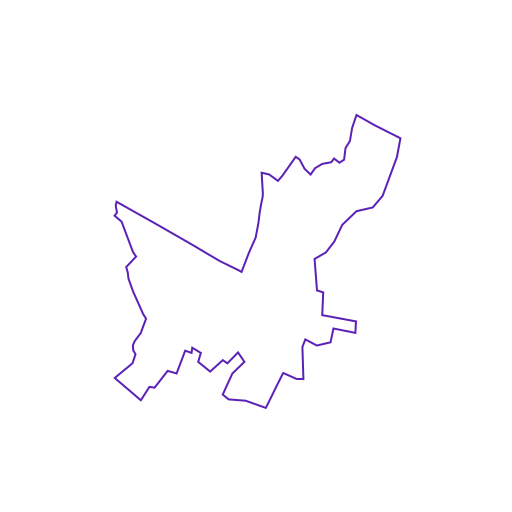 Al-Ahram, Al Jizah, Egypt (Albers equal-area conic projection), rotated 233°
{"feature_id": "37247803B9687639154335", "entity_name": "Al-Ahram", "entity_type": "district", "adm_level": 2, "iso_a3": "EGY", "parent_name": "Egypt", "parent_adm1": "Al Jizah", "projection": "albers", "projection_center": [31.147, 29.99], "detail": "fine", "context": "isolated", "style": "outline", "palette": "violet", "viewbox_px": 512, "rotation_deg": 233, "n_neighbors": 0, "source": "geoboundaries", "source_scale": "gbopen_adm2", "svg_char_len": 1702}
<svg xmlns="http://www.w3.org/2000/svg" viewBox="0 0 512 512"><g transform="rotate(233 256 256)"><path d="M373.3,167.3L364.3,169.3L333.0,160.1L327.7,159.9L325.3,145.7L320.1,143.7L314.8,140.6L301.8,136.5L287.3,133.2L277.9,131.0L274.8,130.7L272.1,130.5L263.8,117.5L261.7,110.2L261.0,107.9L258.8,104.0L256.9,102.7L254.8,101.3L250.0,100.6L244.7,92.9L244.5,89.4L244.4,87.8L244.3,86.1L244.3,83.9L243.7,72.3L243.6,69.8L242.9,69.9L223.4,74.3L210.1,77.2L215.6,92.1L211.9,95.8L217.4,116.3L210.0,121.9L223.0,142.5L217.4,146.2L221.1,149.9L211.8,153.6L206.2,146.1L197.2,148.4L191.3,149.8L192.8,166.8L187.5,168.6L189.8,183.6L183.4,183.3L178.4,183.0L176.4,166.5L172.6,159.4L168.2,151.3L165.3,146.0L157.9,147.9L146.8,160.5L144.4,162.1L128.8,172.4L132.0,178.9L140.5,195.7L146.2,207.3L145.0,208.0L138.5,211.6L133.5,214.3L129.2,219.8L155.4,238.3L159.7,245.2L147.9,250.7L142.2,263.6L151.5,274.2L134.8,289.1L143.6,296.5L168.9,273.3L186.5,287.8L191.8,284.0L218.4,301.0L216.8,314.0L220.4,327.2L224.5,335.0L229.0,343.7L230.0,352.3L231.3,363.2L227.4,372.0L224.5,378.5L227.9,393.4L250.2,428.1L263.1,442.2L275.5,436.1L288.9,429.5L308.1,421.1L300.4,409.8L291.4,400.3L288.3,392.4L279.9,384.3L280.3,378.8L286.9,377.0L285.6,372.5L289.7,364.3L290.6,356.1L288.2,348.6L296.5,347.3L307.0,348.9L311.3,347.4L304.2,325.3L302.8,318.7L313.2,315.6L314.7,314.3L317.9,311.6L319.1,310.6L301.8,299.1L299.3,297.0L293.7,290.6L288.0,284.6L280.9,277.8L274.9,271.2L271.8,267.8L270.9,266.8L267.7,261.0L263.4,253.3L262.4,251.6L252.0,234.9L255.5,233.3L272.2,224.8L273.9,224.0L287.6,218.3L305.1,211.1L341.8,195.4L383.2,177.3L381.0,174.6L379.4,173.6L377.4,172.6L374.4,171.2L373.9,169.6L373.3,167.3Z" fill="none" stroke="#5b21b6" stroke-width="2"/></g></svg>